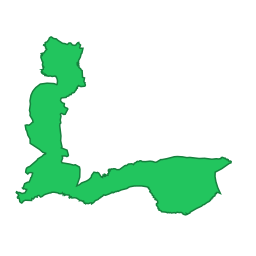 Uvinza, Kigoma, United Republic of Tanzania (Robinson projection), rotated 275°
{"feature_id": "72390352B15676475935925", "entity_name": "Uvinza", "entity_type": "district", "adm_level": 2, "iso_a3": "TZA", "parent_name": "United Republic of Tanzania", "parent_adm1": "Kigoma", "projection": "robinson", "projection_center": [30.139, -5.704], "detail": "fine", "context": "isolated", "style": "filled", "palette": "green", "viewbox_px": 256, "rotation_deg": 275, "n_neighbors": 0, "source": "geoboundaries", "source_scale": "gbopen_adm2", "svg_char_len": 5537}
<svg xmlns="http://www.w3.org/2000/svg" viewBox="0 0 256 256"><g transform="rotate(275 128 128)"><path d="M203.5,76.2L203.3,73.2L204.0,72.8L206.5,73.5L207.8,71.7L208.9,71.5L208.6,70.6L207.2,69.4L206.4,69.1L205.7,67.9L205.8,65.4L207.6,63.6L207.7,62.8L207.4,61.6L206.0,60.5L205.9,60.0L206.6,57.8L206.6,55.5L209.4,50.2L210.5,48.9L210.7,46.0L212.0,43.8L211.8,42.9L210.7,41.8L209.1,41.4L206.8,39.9L205.9,38.4L206.3,37.7L205.5,38.3L204.3,38.0L203.8,38.3L203.2,37.5L203.5,36.8L203.2,36.7L202.0,38.8L200.5,38.9L200.1,39.7L199.1,40.2L198.5,39.4L195.6,37.9L194.5,35.0L193.3,35.7L193.5,36.4L192.7,36.2L192.5,35.1L190.7,35.1L186.7,36.9L186.2,37.5L183.3,37.2L182.7,37.8L181.8,37.8L181.9,38.3L181.3,38.9L180.6,38.3L179.1,38.5L178.6,37.1L178.5,37.6L176.5,36.8L176.3,37.4L176.2,36.9L175.4,37.2L174.2,39.0L174.5,40.3L173.4,40.5L174.1,41.4L173.6,42.1L173.0,41.8L172.7,44.2L173.1,46.3L172.7,47.9L173.4,50.7L173.0,51.1L173.1,51.7L171.0,53.0L168.6,53.7L165.5,53.6L165.0,53.3L165.8,50.4L165.6,43.5L164.1,36.8L160.2,32.6L157.9,31.0L156.1,29.9L152.1,28.5L146.6,28.0L143.3,28.7L137.0,28.3L134.4,29.3L131.9,29.3L127.7,32.3L125.6,32.9L125.2,32.1L123.1,30.3L122.2,29.1L122.3,27.0L121.7,25.4L117.4,26.5L116.3,27.4L112.1,28.9L108.6,31.4L104.2,31.9L99.0,41.7L96.4,45.2L95.7,48.2L95.4,48.2L95.0,48.1L93.9,46.1L92.4,45.0L89.4,40.9L87.9,40.1L81.2,33.6L80.3,31.8L79.2,30.5L77.9,30.1L75.1,29.9L74.3,30.8L73.4,32.2L74.3,32.7L75.1,34.2L75.1,36.3L74.7,37.0L70.5,36.1L70.0,35.5L68.1,35.2L65.6,34.2L65.1,32.4L63.5,29.9L59.4,28.8L59.0,28.1L58.1,29.1L58.5,30.2L57.9,31.4L58.0,32.4L57.5,32.5L54.4,31.0L53.5,28.1L54.3,25.7L54.2,24.1L54.8,22.6L53.9,22.3L53.3,23.0L53.3,23.7L51.3,25.0L50.9,24.6L50.4,24.7L49.7,23.9L49.1,23.9L48.5,24.2L48.6,25.7L45.1,26.7L44.0,28.4L44.4,29.2L46.0,30.1L47.1,31.9L47.4,38.3L49.4,38.4L49.1,39.9L51.5,41.5L51.3,43.5L52.0,43.3L52.8,44.0L53.1,45.3L51.6,46.9L52.3,48.4L54.1,50.3L55.0,52.0L56.5,55.7L56.6,56.8L57.3,57.6L57.6,59.8L57.3,63.8L56.7,64.8L56.6,66.3L57.0,67.0L56.8,68.0L57.2,68.2L56.8,68.3L56.9,68.9L56.5,68.6L56.8,69.1L56.6,69.2L57.1,69.4L56.2,69.4L56.8,69.9L55.9,70.6L56.3,70.7L56.3,70.9L55.5,70.7L56.1,72.5L56.0,75.3L55.4,75.7L53.5,75.4L53.2,75.9L53.8,76.3L54.3,76.1L54.6,76.7L54.6,77.5L53.6,77.6L53.4,78.2L53.9,81.0L53.7,82.8L51.8,86.4L51.4,86.2L51.7,87.8L51.1,88.8L51.4,89.6L51.2,90.2L50.4,90.1L50.1,90.7L49.2,91.1L49.4,92.0L49.3,92.6L49.0,92.6L49.3,93.1L49.2,95.1L50.1,97.0L50.2,98.3L49.3,98.4L50.8,100.3L52.9,101.8L54.2,104.4L55.6,105.6L56.4,107.0L57.1,107.1L57.7,108.5L59.2,109.5L59.0,111.4L60.8,115.2L62.1,117.4L62.5,117.4L62.6,118.3L62.2,118.5L62.2,119.0L63.7,121.4L63.6,122.1L64.4,123.4L64.1,123.8L65.7,126.6L67.6,132.1L69.5,134.6L70.8,139.3L71.5,146.4L71.1,151.7L70.6,153.4L70.0,154.0L69.7,153.7L67.5,155.8L66.6,155.3L66.1,156.0L65.8,155.9L64.7,157.6L63.3,158.0L62.5,159.5L61.3,159.3L60.2,161.5L59.7,161.7L59.1,161.3L58.7,162.9L57.7,163.9L55.8,164.2L55.3,163.4L54.7,163.3L55.0,163.1L55.9,164.1L55.1,163.0L53.7,163.0L51.7,164.8L50.3,165.0L50.1,165.9L49.0,165.9L48.5,168.0L47.5,168.8L47.5,172.9L47.0,174.8L47.4,175.3L47.1,176.4L47.5,177.5L47.1,178.6L47.8,181.6L47.4,182.9L48.4,184.3L48.2,186.6L48.6,188.3L47.8,189.9L47.2,190.2L46.7,191.5L46.5,193.0L47.0,194.2L47.9,193.7L47.5,195.0L48.9,197.2L49.5,197.2L50.2,198.1L53.9,203.4L56.6,208.1L58.1,209.5L58.4,210.6L60.6,213.1L61.9,215.2L63.3,216.5L64.1,216.4L64.8,217.7L65.7,217.7L66.0,218.5L66.7,218.5L68.1,220.5L70.1,220.7L70.5,221.1L70.4,221.7L71.5,221.9L71.6,223.5L70.9,225.7L76.4,222.6L82.3,220.2L87.3,218.9L91.6,218.7L95.6,224.9L101.5,231.9L102.3,233.6L103.5,233.7L104.0,233.1L103.9,231.2L104.3,230.7L105.1,230.6L105.5,229.9L105.1,229.0L106.1,227.9L106.0,227.3L106.5,227.1L106.3,226.4L107.0,224.8L106.7,223.5L105.6,223.2L105.0,220.8L105.1,218.8L104.2,214.3L104.5,206.9L103.8,201.5L104.1,192.2L103.6,189.2L104.0,185.0L103.9,179.7L103.4,176.6L100.9,169.6L99.5,164.7L99.4,163.4L96.4,159.2L96.2,157.9L96.8,155.5L96.9,152.9L96.0,148.3L95.8,144.9L96.4,143.9L96.4,142.8L95.5,141.6L95.6,140.3L95.3,139.7L94.7,139.4L93.5,137.4L92.0,136.7L92.7,135.0L92.1,131.5L90.4,129.8L90.5,128.8L90.0,127.9L85.8,123.1L85.5,120.5L86.2,118.8L86.2,117.3L85.6,115.6L85.8,114.8L84.5,114.1L85.3,113.2L85.2,112.9L84.3,113.3L84.6,113.1L84.5,112.2L83.5,112.1L83.0,113.3L82.4,112.7L81.1,112.7L80.8,112.0L79.1,112.1L79.1,110.7L80.0,108.7L79.9,108.3L79.4,108.2L78.6,109.5L77.9,109.7L77.7,108.8L78.5,108.4L78.8,107.3L77.9,107.4L77.4,106.7L76.5,106.9L76.8,105.7L80.6,102.7L81.1,101.5L80.7,100.8L81.0,97.9L77.7,95.9L75.6,95.6L73.1,93.5L71.4,91.1L69.2,86.5L67.2,84.5L65.9,82.0L74.7,84.2L82.6,83.7L84.9,83.0L86.8,78.7L86.3,77.0L87.0,73.0L87.6,65.3L89.0,64.5L92.2,65.5L94.3,64.9L94.7,68.0L94.2,69.6L94.9,70.7L95.8,71.0L100.6,69.2L102.4,63.3L103.4,63.9L109.5,62.0L114.2,61.9L124.2,59.8L126.2,59.8L127.1,60.6L127.7,60.5L130.1,59.8L133.9,60.2L135.9,59.4L136.5,59.8L136.8,60.7L135.9,62.7L136.2,64.2L141.6,66.4L142.3,66.0L143.0,63.5L144.4,62.3L146.5,62.6L146.9,62.3L147.2,60.6L148.5,59.0L149.3,58.4L151.1,58.5L151.9,58.9L152.3,59.6L153.1,63.7L154.1,64.2L154.8,66.2L156.2,66.8L156.2,68.3L156.8,68.7L157.5,68.7L158.5,70.1L158.3,70.6L158.9,71.5L160.0,71.9L161.6,73.1L162.7,73.2L163.1,74.0L163.8,73.6L164.0,74.0L165.0,74.1L165.1,74.6L166.0,75.1L165.2,77.0L165.2,77.9L165.8,80.9L166.1,81.5L167.1,81.8L168.7,81.0L169.2,81.3L169.6,80.6L170.4,80.0L174.1,80.3L174.5,78.3L181.2,77.3L181.6,76.4L182.9,75.6L184.0,73.8L185.4,73.8L186.6,73.2L187.8,73.3L187.8,72.9L187.0,73.0L185.9,72.3L186.6,71.9L188.7,71.7L189.0,72.0L188.8,73.0L191.1,72.9L194.3,74.3L197.9,74.9L198.5,75.5L203.5,76.2Z" fill="#22c55e" stroke="#15803d" stroke-width="1.5"/></g></svg>